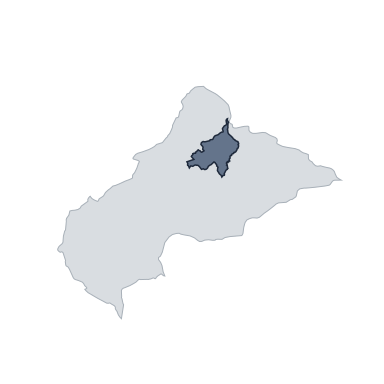 location of Ouadda, Haute-Kotto, Central African Republic, rotated 342°
{"feature_id": "33826404B85937091100445", "entity_name": "Ouadda", "entity_type": "district", "adm_level": 2, "iso_a3": "CAF", "parent_name": "Central African Republic", "parent_adm1": "Haute-Kotto", "projection": "mercator", "projection_center": [22.72, 8.057], "detail": "fine", "context": "in_parent", "style": "filled", "palette": "slate", "viewbox_px": 384, "rotation_deg": 342, "n_neighbors": 0, "source": "geoboundaries", "source_scale": "gbopen_adm2", "svg_char_len": 6846}
<svg xmlns="http://www.w3.org/2000/svg" viewBox="0 0 384 384"><g transform="rotate(342 192 192)"><path d="M262.3,145.8L265.6,146.7L266.2,147.7L265.2,151.0L265.9,153.1L267.7,154.9L269.6,155.6L271.4,156.1L277.7,157.2L280.4,158.4L283.8,162.3L288.1,165.9L289.2,167.7L289.0,169.5L287.7,171.5L287.9,172.4L289.9,174.5L292.2,176.6L296.4,179.0L303.6,182.7L306.9,185.2L308.0,187.0L309.9,189.1L312.5,190.9L314.2,192.4L313.0,196.5L313.4,197.8L314.0,198.9L315.5,200.5L316.1,202.6L317.6,205.2L319.4,206.3L322.4,206.8L324.0,208.0L327.2,210.0L330.4,211.8L331.8,213.0L332.6,214.1L333.3,215.3L333.7,216.6L333.8,219.4L334.3,222.8L336.0,225.1L337.6,226.8L331.1,224.8L330.1,224.8L329.0,225.1L325.6,227.6L324.5,227.9L320.3,227.4L310.0,225.4L302.0,223.6L299.7,222.9L295.4,222.3L292.6,223.5L290.0,227.9L289.2,228.7L285.1,230.0L283.2,229.7L278.4,230.9L271.0,229.1L268.4,229.4L266.3,230.3L261.0,232.3L257.8,233.4L254.1,234.5L250.5,236.0L248.1,236.9L245.8,236.9L243.7,236.0L241.4,235.2L238.6,235.1L235.7,235.5L233.3,237.2L232.3,238.5L230.2,241.8L227.7,247.1L226.7,248.2L225.8,248.8L214.2,246.1L209.3,245.5L205.9,246.3L201.7,244.8L199.9,244.5L199.0,245.0L196.7,244.3L192.9,242.5L189.2,241.7L185.9,242.0L183.9,241.4L182.3,239.6L180.2,236.4L176.5,233.1L171.5,230.5L168.3,228.6L167.1,227.3L164.4,226.6L160.2,226.4L156.2,227.7L150.5,231.7L145.2,240.0L142.2,243.2L139.9,244.0L139.3,246.0L140.4,249.2L140.7,252.8L139.9,259.0L140.2,263.5L139.0,262.8L137.7,260.7L137.2,260.3L133.7,261.2L131.8,262.1L130.9,262.9L130.1,263.1L129.0,261.9L128.1,261.7L126.8,261.9L125.4,261.9L124.4,261.7L123.8,261.8L122.2,261.2L116.1,259.4L115.1,258.8L113.9,258.9L110.8,260.4L109.1,260.8L104.1,261.8L98.8,262.2L96.7,262.3L95.3,262.9L94.4,263.9L92.8,269.6L92.3,270.6L92.4,272.0L91.9,276.6L92.1,278.1L85.7,290.7L84.7,288.6L84.0,286.1L83.8,283.3L83.9,282.5L83.5,281.7L83.0,279.4L83.5,277.9L83.1,276.3L81.8,274.8L80.7,273.6L80.0,272.6L79.5,272.1L78.2,272.0L76.6,271.4L69.5,264.0L62.1,255.7L60.6,253.0L60.0,251.4L61.8,251.3L62.2,251.0L62.3,250.2L61.1,248.1L60.6,245.4L59.7,243.7L56.8,241.2L54.0,239.2L53.1,238.2L52.6,236.8L51.6,227.8L51.1,225.3L50.2,224.1L49.6,223.6L49.4,223.0L49.5,221.4L49.9,219.9L49.8,219.4L50.6,218.1L50.6,209.8L49.7,208.6L48.0,208.6L47.1,207.4L46.4,205.9L46.6,204.8L48.2,203.1L49.3,202.4L52.4,201.1L53.3,200.4L53.9,199.6L54.3,198.5L56.1,194.2L58.8,189.9L60.0,189.0L62.7,182.7L63.4,181.1L63.8,179.5L64.7,178.2L67.7,176.0L70.0,172.3L72.4,172.5L74.9,173.1L78.1,173.4L80.7,172.7L82.3,171.2L90.1,168.7L90.7,166.7L91.9,165.6L93.4,164.7L93.9,164.6L94.0,165.2L94.8,167.3L96.6,169.4L99.2,171.7L100.0,171.5L101.6,169.8L105.7,168.7L106.7,168.3L109.6,165.7L113.1,164.1L115.1,163.5L118.6,161.9L121.2,162.1L125.2,161.8L131.9,161.0L136.7,160.8L139.2,160.5L139.8,160.1L140.7,157.7L141.5,157.0L143.3,156.0L146.9,152.3L149.2,149.2L149.9,148.1L150.4,147.9L151.4,146.6L150.4,145.3L146.4,142.5L146.5,142.2L146.2,141.7L146.5,141.3L148.0,140.2L150.0,138.9L152.2,138.4L158.0,138.5L162.8,138.3L164.0,138.3L167.8,137.7L170.4,137.1L173.0,135.8L179.1,135.9L184.1,132.6L185.6,132.0L186.2,131.4L186.4,130.9L188.8,129.6L191.4,126.8L193.5,124.3L194.1,122.6L199.8,116.6L201.8,116.8L202.7,116.0L205.0,112.0L205.7,111.3L208.1,110.6L209.2,109.4L210.1,107.7L210.2,105.5L209.7,103.8L209.7,102.9L210.3,102.2L211.2,101.4L215.5,99.2L216.6,98.2L217.3,97.3L218.5,97.1L219.8,97.2L220.7,96.6L221.6,95.6L224.6,94.3L227.4,93.3L230.3,93.7L235.6,95.1L237.2,97.9L238.0,98.9L244.5,105.6L245.8,107.2L249.0,112.1L251.0,115.4L253.3,120.1L253.5,122.6L253.2,124.8L252.7,131.1L252.1,132.9L249.3,136.2L249.1,137.7L249.7,139.0L250.6,139.5L251.1,140.1L250.8,143.0L251.8,144.1L254.0,144.9L259.4,145.4L262.3,145.8Z" fill="#d9dde1" stroke="#a8b0b8" stroke-width="1"/><path d="M248.4,133.3L247.7,133.4L247.1,133.8L246.6,134.4L246.3,135.8L246.1,137.4L245.7,138.4L244.8,138.9L243.2,139.1L240.9,140.8L240.5,141.2L240.4,142.6L240.5,143.7L240.2,144.3L239.8,144.5L238.8,144.2L237.1,144.5L234.5,145.6L231.6,145.6L230.7,145.9L229.6,146.7L228.1,148.3L227.4,148.4L226.8,148.2L226.2,148.0L225.1,148.1L224.7,148.7L220.0,148.3L219.1,148.0L218.2,147.4L216.3,147.9L215.8,148.5L215.2,149.5L215.6,150.7L216.2,151.9L216.3,152.9L215.4,154.6L215.5,155.2L215.8,155.7L216.2,156.2L216.1,156.6L213.6,157.2L213.0,156.8L212.7,155.6L211.9,155.1L211.4,154.5L211.1,153.9L210.6,153.9L209.9,154.3L208.9,155.0L207.7,155.2L207.3,156.2L206.3,155.9L205.6,155.7L204.6,155.8L204.6,156.4L204.3,156.7L202.7,157.6L202.3,158.1L202.6,158.7L203.9,161.6L196.5,161.7L196.8,163.6L196.5,164.2L196.2,164.7L196.1,165.3L196.7,165.9L196.9,168.3L198.9,166.8L200.7,167.8L201.4,167.7L202.6,167.3L204.0,167.5L204.8,168.1L205.4,168.2L206.1,168.7L207.0,170.4L208.0,173.4L210.0,173.4L210.7,174.4L211.5,174.7L212.8,174.7L214.2,174.0L215.5,172.6L217.3,172.0L218.6,171.9L222.2,170.2L223.1,171.2L223.1,172.2L223.5,172.6L223.9,174.1L223.5,174.8L224.2,176.0L224.4,176.5L223.9,177.1L222.8,179.5L223.1,181.0L223.4,181.5L223.5,182.8L224.0,183.8L224.6,184.6L224.9,185.4L225.0,187.0L225.5,186.7L226.1,186.3L226.2,186.0L226.5,185.9L227.0,185.9L227.3,186.0L227.6,186.1L228.0,186.0L228.2,185.7L228.4,184.3L229.2,183.7L230.6,182.2L231.8,181.4L232.0,181.3L232.3,181.4L232.5,181.4L232.6,181.1L232.8,180.9L233.0,180.7L233.4,180.7L233.5,180.6L233.4,180.3L233.4,180.1L233.4,179.1L233.6,178.8L233.6,178.3L233.8,177.5L233.7,177.3L233.4,177.2L233.6,177.0L233.8,176.8L233.9,176.5L233.6,176.2L233.6,175.8L233.7,175.1L234.2,174.5L234.5,174.4L234.8,174.3L234.9,174.7L235.0,174.9L235.1,175.1L235.3,175.1L235.4,174.8L235.3,174.6L235.3,174.3L235.4,174.1L235.6,174.2L235.8,174.3L236.1,174.5L236.4,174.6L236.5,174.5L236.5,174.3L236.5,174.1L236.6,173.9L236.8,174.0L237.1,174.1L237.4,174.2L237.5,173.8L237.4,173.5L237.3,173.2L237.5,172.6L237.8,172.0L238.0,171.8L238.4,171.9L238.5,171.8L238.9,170.9L239.0,170.1L239.8,169.3L240.0,169.3L240.4,169.5L240.5,169.5L240.8,169.5L241.0,169.4L241.0,168.9L241.3,168.5L241.8,168.4L242.1,168.2L242.5,168.2L242.8,168.3L243.0,168.1L243.4,168.0L243.6,167.9L243.8,167.8L243.9,167.6L244.0,167.4L244.4,167.4L244.5,167.5L244.7,167.3L244.8,167.3L245.1,167.5L245.5,167.4L245.9,167.3L246.3,167.1L246.6,166.8L246.7,166.6L247.0,166.4L247.3,166.2L247.6,165.9L248.5,164.6L249.0,164.7L249.6,164.1L250.2,163.2L250.6,162.6L250.6,162.0L250.5,161.6L250.5,161.1L251.0,161.0L251.2,160.5L251.4,160.3L251.4,159.8L251.3,159.6L251.1,159.3L251.3,158.6L251.2,158.3L251.0,158.0L250.6,157.9L249.4,156.7L249.3,156.2L248.9,156.1L248.7,155.6L248.6,155.2L248.1,154.7L247.8,154.5L247.5,153.4L247.4,152.5L246.8,152.0L246.6,151.2L245.6,149.6L245.3,148.9L245.0,148.6L244.8,148.2L244.6,147.1L244.6,146.3L244.8,145.4L244.8,144.8L244.9,144.5L245.1,144.3L245.1,143.9L245.0,143.6L245.0,143.4L245.6,142.6L246.2,141.6L246.3,141.0L246.4,140.5L246.7,139.8L247.3,138.2L247.6,137.7L248.2,137.0L248.2,136.8L248.1,136.0L248.0,135.6L247.8,135.0L247.8,134.6L247.9,134.1L248.3,133.5L248.4,133.3Z" fill="#64748b" stroke="#1e293b" stroke-width="1.5"/></g></svg>